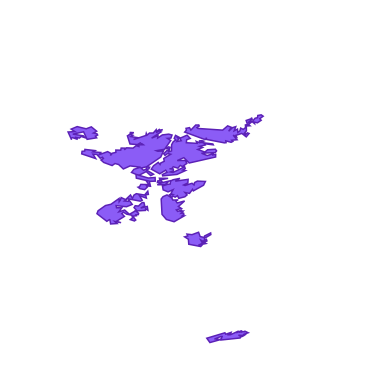 Herøy nor, Norway (Albers equal-area conic projection), rotated 220°
{"feature_id": "86288312B85977259263541", "entity_name": "Herøy nor", "entity_type": "district", "adm_level": 2, "iso_a3": "NOR", "parent_name": "Norway", "parent_adm1": "", "projection": "albers", "projection_center": [12.25, 65.989], "detail": "fine", "context": "isolated", "style": "filled", "palette": "violet", "viewbox_px": 384, "rotation_deg": 220, "n_neighbors": 0, "source": "geoboundaries", "source_scale": "gbopen_adm2", "svg_char_len": 6124}
<svg xmlns="http://www.w3.org/2000/svg" viewBox="0 0 384 384"><g transform="rotate(220 192 192)"><path d="M302.4,152.5L301.0,150.3L287.3,155.7L292.2,157.3L289.0,159.6L284.0,158.9L282.9,161.1L281.4,160.7L282.3,158.0L278.6,157.9L270.2,160.9L269.3,164.3L265.9,165.9L259.4,165.5L256.2,172.2L247.3,178.0L251.1,172.0L250.9,168.1L246.3,169.5L243.5,166.8L233.0,172.2L233.8,171.0L229.8,170.0L236.1,164.9L235.6,162.2L236.4,161.0L234.0,161.1L229.8,163.4L229.4,167.0L230.7,167.5L227.5,169.7L231.5,172.7L227.1,176.7L229.6,179.4L234.5,174.6L246.0,169.6L243.2,171.1L240.2,178.2L234.1,178.0L232.9,180.9L241.5,179.5L239.9,181.9L240.4,183.8L242.9,182.2L241.8,180.3L243.0,177.5L246.5,177.6L243.0,182.1L238.4,198.7L240.2,205.1L244.4,201.2L245.9,200.7L240.5,207.1L241.4,217.8L245.3,217.3L242.8,219.7L243.9,222.8L247.0,221.4L251.4,216.7L253.0,211.3L254.3,213.3L257.6,207.3L254.3,218.2L256.2,217.7L254.5,221.0L256.2,219.0L257.5,214.3L257.1,219.6L258.1,215.4L259.5,216.7L259.6,212.3L262.5,209.8L263.0,206.6L264.7,207.5L263.7,205.6L270.5,194.6L268.6,198.7L274.5,195.1L273.7,197.5L276.5,196.5L274.7,200.1L277.5,198.0L276.5,196.1L277.6,193.5L270.4,188.9L264.3,193.2L263.2,196.4L262.2,196.3L261.1,196.8L259.7,196.9L263.5,193.5L262.5,193.3L261.9,192.7L264.5,191.6L265.4,187.7L270.5,183.8L270.9,180.8L271.3,182.7L274.5,180.1L273.5,178.2L277.3,175.2L275.8,173.4L278.0,170.5L277.9,167.5L278.7,169.5L282.6,168.7L287.1,160.9L287.3,163.6L293.7,159.1L292.9,161.4L301.4,155.8L300.5,154.4L302.4,152.5ZM237.9,183.3L228.4,185.2L226.2,191.8L223.8,191.1L225.9,186.3L224.8,185.5L214.8,195.8L210.8,204.2L213.2,202.9L212.3,205.7L213.9,206.6L219.1,194.7L221.5,193.4L219.8,196.2L221.0,197.6L224.2,195.3L222.5,196.8L222.6,199.3L218.1,201.2L218.1,204.8L215.7,205.4L214.3,210.6L217.3,211.9L223.5,206.6L220.3,213.1L212.8,212.4L196.4,234.0L198.0,236.0L200.5,233.1L199.8,234.2L200.3,235.0L203.8,229.7L209.7,227.8L199.5,237.1L199.6,239.3L201.6,239.8L207.2,234.4L207.8,230.9L214.9,228.3L212.5,232.9L215.6,231.8L212.1,236.5L213.6,236.9L206.0,241.8L206.9,242.2L217.0,235.7L215.7,238.5L217.7,237.5L219.1,236.0L217.9,234.6L221.2,233.5L219.3,232.6L228.0,226.1L229.7,228.6L227.8,231.9L232.3,232.4L235.9,225.2L233.2,224.4L236.0,221.0L236.4,224.1L238.2,224.4L237.3,225.6L241.0,224.8L240.1,221.6L237.8,221.4L238.7,218.5L238.0,215.1L234.1,210.3L235.6,207.9L237.6,212.1L239.0,211.5L239.7,208.6L238.1,209.8L236.4,208.2L237.9,207.6L238.2,203.1L236.2,202.7L235.4,205.8L232.6,207.2L235.2,199.5L233.0,197.7L234.6,194.2L234.1,192.5L236.9,193.0L238.3,187.4L237.9,183.3ZM194.0,154.5L186.6,157.7L182.6,168.7L184.2,167.5L183.8,169.6L184.9,170.4L186.7,168.6L186.5,171.7L189.0,169.2L188.0,172.0L190.5,167.9L192.5,168.2L189.6,172.6L193.1,172.1L191.9,180.4L196.3,174.1L198.8,174.8L197.5,177.1L201.5,173.5L203.8,174.5L204.1,176.7L201.6,177.2L200.8,179.9L198.1,178.6L194.4,183.7L193.9,186.6L197.1,187.1L193.0,189.3L193.3,194.4L191.7,193.7L187.5,204.6L188.5,208.7L194.9,203.8L196.1,200.9L195.0,198.7L197.6,198.7L201.5,192.5L202.9,192.0L201.0,196.3L203.1,199.2L211.8,189.5L210.0,194.7L214.4,189.2L215.4,186.5L213.8,184.1L215.8,182.0L217.1,181.7L216.6,185.7L220.5,180.5L224.1,180.8L219.1,187.1L225.8,181.6L223.8,180.2L225.4,178.4L224.6,177.0L221.0,180.0L223.2,175.2L215.9,181.7L218.5,177.6L215.5,175.1L210.4,176.7L208.0,181.6L207.1,177.1L205.5,177.6L207.4,175.6L203.9,174.4L209.3,173.7L211.2,169.8L211.1,166.8L200.6,155.6L194.0,154.5ZM236.1,233.2L216.7,240.2L215.1,241.5L216.0,242.9L214.7,241.6L198.7,250.5L197.6,251.7L199.0,252.9L194.0,255.2L193.2,257.0L194.8,257.2L191.1,261.0L197.0,262.0L193.2,262.8L194.8,263.6L191.5,268.9L185.9,269.1L185.9,273.5L187.6,272.9L187.9,269.9L188.7,270.8L188.8,269.5L189.7,269.7L189.6,273.8L192.8,277.5L190.2,280.0L192.2,280.0L191.2,284.5L188.1,284.6L189.3,285.5L186.4,287.0L185.1,291.4L187.2,291.7L186.2,295.8L188.6,295.6L190.8,292.9L189.6,291.0L191.1,289.1L191.1,285.0L193.7,281.2L192.7,286.4L194.4,287.3L193.5,286.6L196.5,281.6L192.8,279.3L194.2,277.7L192.4,275.8L193.0,272.9L195.8,272.2L194.6,269.6L195.2,267.1L197.6,269.4L199.0,266.0L200.5,270.2L202.3,267.4L203.0,262.1L203.5,266.8L207.2,265.6L208.3,259.1L228.3,244.5L229.7,244.5L228.9,247.2L229.9,247.7L232.2,245.7L232.7,238.7L235.3,239.7L237.5,236.9L236.0,235.7L236.1,233.2ZM250.9,114.3L238.4,114.8L237.5,117.8L237.0,117.9L233.8,115.2L229.1,119.7L232.2,119.8L226.6,122.9L231.0,121.0L228.1,129.9L231.9,130.3L231.5,132.5L227.8,133.0L223.2,135.5L220.9,134.1L221.5,131.2L217.5,132.8L217.1,134.4L221.9,135.4L219.4,138.0L220.3,138.4L218.6,140.2L219.2,141.4L222.9,141.3L215.9,147.9L216.8,149.3L214.1,149.7L217.0,152.2L221.0,146.7L219.3,151.0L222.0,153.0L223.4,151.9L224.0,146.8L226.7,145.0L226.4,142.8L222.8,142.3L225.6,134.7L232.0,134.9L235.3,129.8L235.6,134.8L239.7,131.4L241.4,132.8L232.7,138.6L229.8,144.1L235.3,145.4L234.8,143.9L238.0,141.7L237.1,145.4L225.6,151.8L224.8,153.7L229.8,155.4L223.0,158.0L225.7,160.0L223.9,162.1L226.4,164.2L226.4,159.2L233.6,154.9L234.5,152.2L233.5,148.8L237.2,150.2L238.0,143.5L242.7,142.2L241.7,139.7L241.6,137.8L243.7,140.2L246.2,130.5L249.6,126.0L251.9,117.3L250.9,114.3ZM325.5,158.3L317.8,154.6L319.4,155.5L318.3,156.9L313.4,158.8L317.0,158.7L312.9,161.0L312.6,163.3L309.1,164.7L311.4,165.2L320.5,159.7L313.7,168.4L306.2,164.9L299.9,172.2L301.9,172.7L300.9,175.0L302.2,175.5L305.4,173.8L304.1,177.3L311.0,177.2L313.7,172.4L322.0,168.3L325.0,162.5L320.6,163.0L325.5,158.3ZM160.9,149.9L150.3,155.8L150.1,159.1L148.2,161.5L150.1,161.1L150.0,159.8L152.9,155.3L149.1,164.1L150.5,165.0L152.3,160.0L154.4,160.8L151.9,161.3L151.4,163.3L152.7,164.4L150.2,171.5L151.4,172.6L154.1,166.4L153.3,165.1L157.1,163.1L161.1,165.4L164.6,159.3L168.8,156.5L167.0,155.6L168.8,152.9L164.4,153.5L160.9,149.9ZM86.7,89.5L81.5,88.2L76.5,95.5L78.1,95.1L78.2,97.5L79.3,94.9L80.3,93.7L77.0,99.9L75.5,101.1L76.2,99.7L75.1,98.6L76.2,96.6L74.9,97.0L61.3,111.1L61.6,113.1L61.0,113.1L60.1,114.7L62.3,112.6L64.4,112.2L60.0,115.3L59.2,118.1L61.3,115.4L58.5,120.3L62.0,119.4L62.0,118.7L63.7,117.5L63.8,116.9L64.1,117.1L65.5,115.1L65.9,115.1L64.4,117.7L65.1,117.2L67.6,112.6L66.9,115.6L70.7,107.5L73.1,105.3L71.5,108.7L71.8,109.6L74.7,104.8L76.3,105.3L86.7,89.5Z" fill="#8b5cf6" stroke="#5b21b6" stroke-width="1.5"/></g></svg>